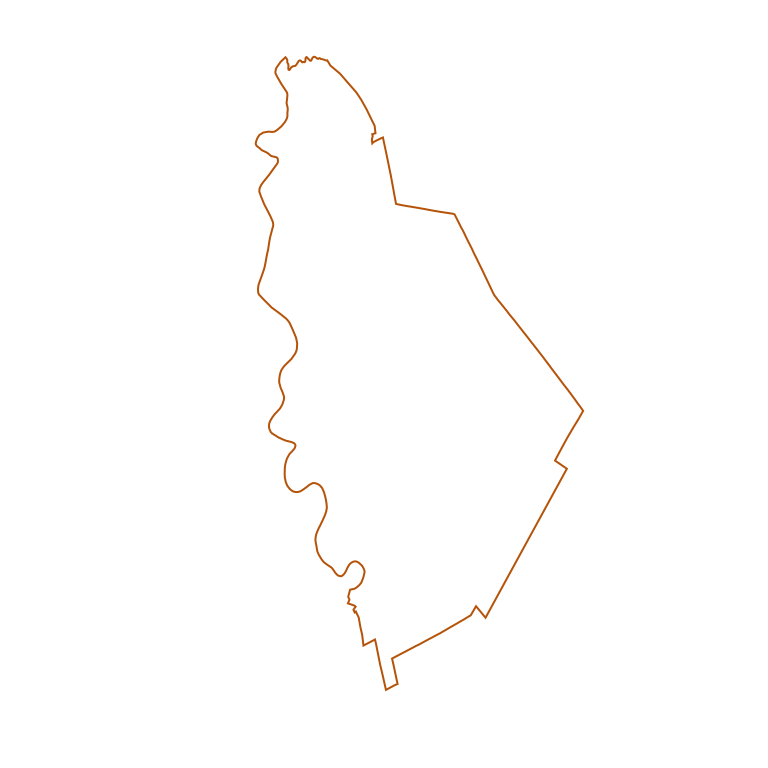 the district of Duc Hoa, Long An, Vietnam, rotated 18°
{"feature_id": "81297802B22890149890322", "entity_name": "Duc Hoa", "entity_type": "district", "adm_level": 2, "iso_a3": "VNM", "parent_name": "Vietnam", "parent_adm1": "Long An", "projection": "equal_earth", "projection_center": [106.359, 10.884], "detail": "fine", "context": "isolated", "style": "outline", "palette": "amber", "viewbox_px": 768, "rotation_deg": 18, "n_neighbors": 0, "source": "geoboundaries", "source_scale": "gbopen_adm2", "svg_char_len": 5959}
<svg xmlns="http://www.w3.org/2000/svg" viewBox="0 0 768 768"><g transform="rotate(18 384 384)"><path d="M489.6,665.1L489.5,664.9L486.0,658.9L481.7,651.4L480.0,648.5L476.5,642.6L489.2,629.6L489.5,629.3L493.3,625.4L496.2,622.4L497.0,621.8L500.6,618.0L505.7,612.6L511.9,606.2L514.2,603.9L515.6,602.3L516.6,601.2L517.5,600.2L520.7,596.6L524.0,592.9L526.3,590.4L527.4,589.2L530.8,585.3L532.2,583.8L538.0,577.1L540.2,566.9L552.8,574.9L566.7,500.7L575.8,452.3L584.1,408.1L570.3,404.0L571.5,397.1L573.3,387.1L575.0,378.2L577.7,366.0L580.0,356.5L580.1,356.1L580.2,355.2L581.7,348.0L577.4,344.8L574.1,342.5L569.4,339.0L561.1,333.1L560.4,332.6L555.7,329.5L548.2,324.2L539.6,318.2L537.4,316.7L537.1,316.4L532.2,313.0L525.8,308.5L519.6,304.3L515.0,301.2L513.9,300.4L512.4,299.5L510.7,298.3L506.0,295.1L500.3,291.3L492.7,286.2L488.2,283.1L482.1,279.3L477.5,276.1L470.0,271.2L466.5,269.0L461.4,265.4L461.0,265.1L456.9,260.8L451.9,255.5L446.6,249.9L441.3,244.3L439.8,242.8L436.3,239.2L431.2,233.9L430.5,233.3L425.5,227.9L420.1,222.5L419.4,221.8L414.3,216.5L414.3,216.4L410.6,212.7L409.1,211.4L404.1,206.3L398.7,200.9L397.9,200.8L397.0,200.8L396.9,200.8L384.2,202.9L376.8,204.0L369.0,205.0L367.5,205.2L360.5,206.2L346.6,208.3L340.2,209.0L339.9,209.0L339.7,208.9L339.2,207.9L336.9,203.7L331.2,193.1L326.5,184.4L325.9,183.3L323.4,178.9L323.0,178.2L315.0,164.1L306.8,149.9L306.6,150.1L304.6,151.8L303.1,153.3L301.8,154.6L299.5,156.9L298.9,157.8L298.5,158.7L297.8,157.2L297.1,155.8L297.1,155.6L296.8,154.3L296.7,151.7L295.6,150.1L298.4,148.2L295.3,141.3L292.4,138.4L282.7,128.3L274.6,120.8L267.7,115.3L256.8,108.8L246.4,102.5L234.6,97.7L230.0,93.7L229.7,93.9L229.5,94.1L229.3,94.2L228.6,94.2L227.7,94.2L226.6,94.1L225.7,94.1L224.8,94.2L224.0,94.3L223.5,94.4L222.8,94.2L222.6,94.1L222.3,94.0L222.1,94.0L221.7,94.1L221.4,94.5L221.1,94.9L220.9,95.1L220.6,95.2L220.2,95.2L219.9,95.1L218.8,94.7L217.7,94.4L217.1,94.3L216.6,94.3L216.1,94.6L215.9,94.8L215.6,95.2L215.4,95.5L215.1,96.4L215.0,97.6L214.8,98.8L214.5,99.2L214.3,99.3L213.7,99.3L213.2,99.0L212.2,98.5L210.9,97.8L210.0,97.3L209.7,97.1L209.3,97.1L209.1,97.1L208.9,97.4L208.8,97.7L208.8,98.1L208.8,98.7L208.9,99.3L209.1,99.9L209.3,100.4L209.4,101.5L209.3,102.0L209.1,102.3L208.9,102.5L208.6,102.6L208.3,102.6L207.9,102.6L207.7,102.7L207.4,102.9L207.0,103.3L206.7,103.3L206.4,103.2L206.2,103.0L205.9,102.8L205.6,102.6L205.3,102.4L205.0,102.2L204.4,102.2L204.1,102.2L203.8,102.4L203.5,102.7L203.2,103.0L203.0,103.4L202.6,105.0L202.0,107.4L201.6,108.2L201.4,108.7L201.1,109.0L200.7,109.2L200.2,109.4L199.7,109.7L199.2,110.0L198.6,110.7L198.2,111.2L197.9,111.6L197.7,112.0L197.6,112.6L197.5,113.1L197.4,113.6L197.3,114.0L197.1,114.4L196.9,114.6L196.7,114.7L196.2,114.6L195.9,114.3L195.6,113.8L195.4,113.3L195.1,112.1L194.9,111.2L194.6,110.4L194.4,110.0L193.9,109.3L193.4,108.8L192.8,108.1L192.5,107.8L192.3,107.2L192.2,106.5L191.8,105.7L191.2,105.0L190.5,104.5L189.3,103.7L186.1,109.6L184.0,116.4L183.9,118.3L184.3,121.0L184.9,122.2L187.7,125.0L193.8,130.5L199.0,134.6L201.6,136.7L202.4,138.0L202.8,139.0L203.3,141.0L203.8,143.2L204.2,145.4L204.4,146.6L205.2,148.1L206.8,150.7L207.7,152.8L208.4,156.3L209.0,157.9L209.3,158.8L209.5,160.4L209.5,161.9L209.2,163.7L208.7,165.9L206.9,170.4L203.8,175.6L202.0,177.7L199.9,178.8L196.1,179.7L191.4,182.2L188.5,185.7L188.5,185.8L187.6,189.3L187.4,192.4L187.7,195.0L188.1,195.7L189.3,196.9L192.9,198.2L195.6,199.4L198.9,199.8L202.0,200.3L205.5,201.8L206.9,202.0L209.3,201.8L211.4,201.6L212.7,202.0L213.5,202.9L214.4,205.1L214.5,206.6L214.0,208.5L212.0,214.6L210.1,220.6L206.8,229.1L205.6,233.0L205.3,235.5L205.3,237.1L206.0,239.6L208.7,243.2L214.3,249.8L216.6,252.1L224.0,259.4L228.2,264.2L229.2,266.1L229.7,267.5L229.8,269.9L230.3,279.1L230.8,283.3L232.3,292.3L232.4,294.1L232.8,298.0L233.0,299.4L233.9,306.0L234.4,310.7L234.4,314.9L234.1,325.7L234.0,327.9L234.4,330.9L235.0,333.2L236.1,335.9L237.5,337.6L241.6,339.8L245.3,341.8L250.5,344.4L253.5,346.0L254.2,346.2L264.3,349.6L270.6,352.0L272.6,353.1L272.8,353.2L275.4,355.1L280.7,360.9L286.1,367.2L288.9,372.2L290.3,377.7L290.4,379.3L290.3,381.5L289.9,383.3L288.2,388.8L284.0,396.8L283.0,399.3L282.2,402.1L282.0,403.8L282.0,405.4L282.3,408.8L283.2,413.0L283.9,415.0L285.8,417.9L286.9,419.6L289.6,422.6L291.5,425.1L292.7,426.7L292.8,426.8L293.3,428.2L293.5,429.1L293.6,430.2L293.7,433.7L293.4,436.2L292.6,439.6L290.6,444.0L289.4,446.3L288.1,450.3L287.2,454.2L287.1,455.4L287.1,457.6L288.0,460.7L289.1,462.4L291.1,464.6L292.9,465.6L296.6,466.5L299.9,467.4L303.0,467.7L304.1,467.9L308.2,468.2L313.9,467.8L316.1,468.0L317.0,468.2L317.8,468.6L318.4,469.2L318.8,469.8L318.9,470.3L318.9,471.1L318.9,472.1L318.7,473.4L317.3,476.7L315.8,479.6L315.2,482.4L314.7,485.6L314.9,490.5L315.5,494.0L317.3,500.2L318.6,503.6L320.7,507.3L323.3,510.5L326.6,512.8L329.3,513.9L331.1,514.3L332.9,514.1L335.0,513.6L337.4,512.1L339.5,509.7L342.0,506.3L344.1,503.1L345.6,501.5L346.8,500.3L348.1,499.8L350.0,499.5L353.0,499.8L354.8,500.5L357.5,502.2L360.7,505.9L364.2,511.4L366.4,515.7L367.9,519.4L368.4,523.0L368.4,526.5L367.9,531.7L367.0,538.3L366.4,542.0L366.0,546.7L366.0,547.6L366.3,550.6L367.0,553.7L368.5,556.7L369.3,558.0L371.1,561.5L372.4,563.9L374.8,566.6L379.0,570.2L381.9,572.1L385.8,573.4L390.8,574.8L392.3,575.7L396.0,578.6L398.8,580.1L400.1,580.4L401.7,580.3L402.7,580.0L403.2,579.6L404.5,577.7L405.1,575.9L405.6,573.9L406.0,570.1L406.8,566.5L407.8,564.5L409.3,562.8L410.7,561.9L411.9,561.4L413.7,561.4L415.6,561.9L419.1,563.5L421.2,565.3L422.5,566.8L423.1,567.6L423.6,568.7L423.9,571.2L424.1,573.5L424.1,575.3L423.9,578.0L423.8,579.9L422.8,582.6L420.9,585.9L419.6,587.4L418.5,588.3L415.3,590.1L415.6,595.9L415.8,597.6L417.6,599.5L417.8,600.3L417.6,602.4L417.5,603.8L419.8,603.8L424.3,603.9L425.8,604.5L424.7,608.1L426.7,610.3L427.5,609.1L432.1,613.9L433.8,617.1L436.6,622.4L440.7,629.2L445.3,639.1L449.8,634.5L454.4,629.8L456.7,633.6L467.1,652.2L472.0,660.2L480.4,674.3L487.1,667.3L489.6,665.1Z" fill="none" stroke="#b45309" stroke-width="2"/></g></svg>